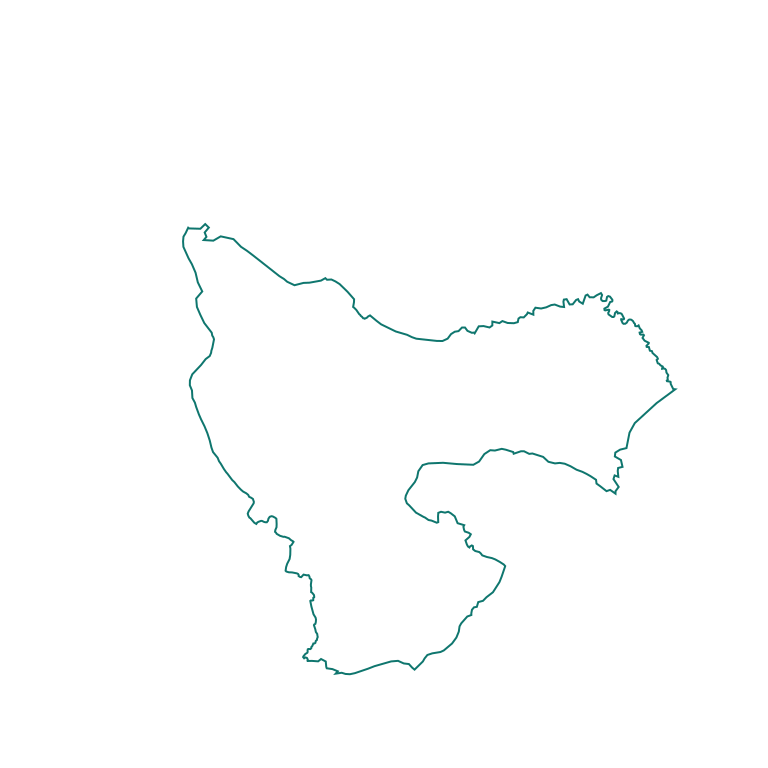 the district of Kankan, Kankan, Guinea, rotated 321°
{"feature_id": "49546643B29721322070698", "entity_name": "Kankan", "entity_type": "district", "adm_level": 2, "iso_a3": "GIN", "parent_name": "Guinea", "parent_adm1": "Kankan", "projection": "robinson", "projection_center": [-9.056, 10.226], "detail": "fine", "context": "isolated", "style": "outline", "palette": "teal", "viewbox_px": 768, "rotation_deg": 321, "n_neighbors": 0, "source": "geoboundaries", "source_scale": "gbopen_adm2", "svg_char_len": 6166}
<svg xmlns="http://www.w3.org/2000/svg" viewBox="0 0 768 768"><g transform="rotate(321 384 384)"><path d="M607.0,571.4L605.6,569.9L606.9,564.3L608.0,562.9L607.8,562.2L605.7,559.9L605.9,559.3L607.3,559.2L608.3,557.5L610.5,556.0L610.7,552.9L612.0,550.7L612.0,549.3L611.4,548.1L609.7,547.2L610.1,546.7L611.3,546.6L611.6,545.9L610.6,543.4L610.6,541.5L609.8,540.2L611.0,536.9L612.7,536.8L613.2,535.0L612.2,528.9L612.9,527.1L611.6,525.4L613.1,522.0L611.5,520.5L612.0,519.5L615.2,519.1L615.7,518.6L613.8,514.4L613.9,510.9L616.7,509.7L616.7,508.9L614.5,507.1L614.3,506.3L615.0,504.9L617.5,506.0L618.0,504.4L617.8,501.7L618.7,498.7L617.4,498.6L616.2,497.7L615.8,497.0L616.9,495.0L616.7,493.9L617.1,492.0L616.7,489.8L615.7,488.6L614.6,488.1L613.2,488.3L611.3,489.1L609.4,489.0L608.0,487.9L607.8,486.7L608.7,483.3L609.2,482.9L610.4,484.3L611.2,484.6L611.8,484.2L612.7,479.9L612.8,478.8L611.9,477.3L610.1,476.3L610.8,475.0L610.5,474.0L608.3,474.2L605.5,476.4L604.6,476.4L603.5,475.5L602.3,471.2L602.9,469.9L604.9,469.0L605.7,468.2L605.5,467.7L602.2,466.0L601.9,465.3L602.7,464.1L606.7,464.8L611.4,462.6L613.0,463.4L613.8,463.2L614.5,462.2L614.6,458.3L613.6,456.8L612.1,456.7L609.2,459.1L607.9,458.6L606.2,457.2L605.8,455.8L606.1,454.7L606.8,453.8L609.5,452.1L609.8,449.9L605.2,448.9L601.5,448.6L598.4,446.0L598.4,442.6L596.4,442.1L589.0,446.7L587.6,442.7L588.2,440.2L586.2,439.6L580.8,440.8L578.3,439.0L579.3,433.0L576.9,431.6L575.2,433.0L572.4,437.5L569.6,434.7L566.7,429.7L563.6,427.9L558.3,426.5L553.6,424.2L549.7,420.0L546.1,421.1L543.7,424.1L540.7,418.9L539.1,419.7L534.5,420.2L532.0,417.9L529.7,417.8L526.9,420.1L523.2,418.5L518.5,414.4L515.6,409.6L512.0,409.3L507.5,403.7L505.0,406.7L501.6,406.5L497.8,401.6L493.9,398.8L486.3,401.7L486.2,400.6L484.5,399.5L482.3,395.2L482.5,391.1L480.1,389.2L475.2,389.8L471.9,387.9L467.5,387.4L462.0,388.8L456.5,387.4L452.1,383.7L437.6,369.1L435.2,365.2L432.9,360.3L426.2,350.6L419.3,335.8L418.0,330.4L416.3,321.9L414.1,321.5L412.3,321.7L410.1,321.1L410.0,320.6L409.2,319.8L409.2,318.0L408.8,316.4L409.0,315.4L408.7,314.1L409.1,309.0L408.8,306.0L408.5,304.7L412.2,301.5L414.1,299.3L413.7,289.4L412.4,278.4L410.8,273.7L408.9,269.7L405.3,267.1L405.0,264.8L400.1,264.0L389.9,258.4L385.1,254.8L376.6,250.9L373.1,243.6L372.4,239.6L370.6,234.4L363.2,201.8L361.3,194.1L359.2,187.4L358.2,176.7L350.0,166.5L341.6,165.2L334.5,158.7L338.6,157.9L340.0,153.4L346.3,152.2L345.7,147.2L339.0,147.8L330.5,140.5L330.2,139.3L324.8,141.9L320.9,143.3L317.6,146.7L314.4,151.2L311.2,163.4L310.1,170.0L307.6,178.9L303.3,187.8L301.0,197.7L291.8,199.4L287.1,206.4L284.8,214.6L282.7,223.5L282.4,235.7L281.0,238.3L280.8,240.2L280.0,242.3L273.4,247.8L270.8,249.5L269.2,251.0L266.1,252.6L261.1,252.4L253.8,254.1L241.1,255.8L235.5,259.0L232.3,262.8L230.7,268.2L226.3,274.3L225.3,279.5L223.6,283.6L221.0,291.2L219.6,296.3L217.9,303.9L215.8,311.0L213.0,318.3L209.9,324.8L208.3,329.3L208.3,336.6L207.2,340.2L207.0,343.2L206.1,349.2L205.8,353.3L205.9,355.1L205.6,363.1L206.0,366.0L205.9,371.6L206.3,376.1L206.8,378.9L208.2,382.3L208.7,384.7L208.2,386.8L209.1,388.6L209.8,390.8L208.7,393.7L207.6,394.7L198.6,397.8L196.5,399.0L195.7,400.9L195.3,403.1L195.7,404.2L195.9,410.2L196.7,412.4L198.3,411.9L199.7,412.1L202.3,413.0L203.0,413.6L204.1,415.9L205.0,417.0L205.9,417.7L207.7,417.3L209.5,415.9L211.6,415.3L213.3,415.9L214.2,416.9L215.4,419.8L215.5,421.1L212.4,425.3L210.3,427.7L207.8,429.0L206.3,430.3L206.5,431.6L206.3,432.9L207.7,436.6L209.6,439.4L210.6,440.1L213.0,444.0L213.5,446.9L214.3,449.0L214.1,449.6L214.2,449.8L210.9,450.9L208.9,450.8L207.6,453.1L203.6,457.8L200.5,460.6L195.6,462.8L192.7,464.7L190.0,467.2L190.1,468.3L191.5,470.4L194.0,472.6L197.1,476.3L197.7,477.6L197.5,478.7L196.8,479.5L197.3,481.1L198.1,482.0L201.5,481.5L203.7,484.2L205.1,485.1L204.9,486.6L204.0,488.3L204.4,489.9L204.2,490.8L201.0,493.8L200.0,495.1L199.4,496.4L196.4,499.9L196.8,501.0L196.8,503.8L196.2,505.0L195.5,505.8L194.6,505.6L192.9,507.5L191.9,507.1L191.0,506.2L190.2,506.2L187.6,511.1L184.3,518.6L183.8,522.5L182.9,524.3L181.2,526.1L179.7,527.2L178.4,527.0L177.8,527.3L176.2,531.5L175.0,533.8L174.8,536.2L173.6,538.2L173.3,538.9L171.7,539.8L170.8,540.7L169.4,540.7L167.7,542.0L166.7,541.9L165.8,541.2L163.4,542.5L162.0,542.7L161.3,543.5L160.0,543.7L158.4,542.3L157.8,542.2L156.9,543.0L156.1,544.1L155.3,544.6L152.9,544.3L150.1,544.9L149.3,545.3L149.3,546.9L150.8,547.0L151.7,548.3L151.4,550.0L150.8,551.0L149.7,550.7L153.7,553.8L158.3,558.1L162.0,558.1L164.1,563.0L161.1,567.5L160.6,568.9L164.5,573.1L167.3,578.2L164.2,578.7L169.4,581.8L171.6,585.1L174.9,588.1L179.4,590.4L192.4,595.2L199.0,597.3L215.0,604.1L220.7,608.0L223.5,613.6L227.1,617.3L227.4,622.2L228.0,625.2L239.6,624.1L242.9,622.8L247.2,621.9L252.0,623.7L259.2,627.8L262.8,628.7L273.6,628.5L280.7,626.6L286.3,623.5L290.2,619.9L293.4,618.6L302.4,617.1L306.5,618.5L307.6,617.1L310.3,614.8L313.4,614.2L315.9,615.6L320.0,612.8L324.5,614.8L329.5,614.2L337.6,614.4L349.1,610.6L354.1,607.8L363.6,601.8L363.5,599.7L362.0,595.1L360.1,590.4L358.3,587.2L355.1,583.2L352.5,579.0L352.6,576.6L352.3,574.6L349.8,571.2L349.2,568.6L351.1,565.9L350.6,564.7L348.5,564.4L347.5,564.8L347.0,563.2L347.4,560.9L348.9,556.8L354.1,556.6L356.9,555.4L356.2,552.9L354.0,549.5L354.5,547.6L355.9,544.9L357.5,544.2L353.6,538.5L355.7,531.4L354.5,526.3L353.5,523.7L350.5,522.4L347.9,519.2L345.1,518.3L342.5,521.1L339.2,525.5L337.7,525.0L335.0,520.1L333.0,517.7L331.8,513.5L331.1,512.2L327.9,504.1L327.2,494.1L326.7,491.1L328.3,486.6L330.7,484.5L336.1,481.9L346.3,479.6L350.9,477.5L355.8,473.4L363.0,471.3L368.6,473.7L380.3,482.4L390.4,492.2L402.6,503.0L409.1,504.1L417.9,501.6L424.9,502.3L428.3,505.5L434.7,508.5L437.3,511.7L441.6,518.2L440.9,519.8L448.2,522.5L450.5,524.4L452.9,529.7L455.6,531.4L461.8,540.8L462.8,547.9L466.9,553.3L470.9,555.9L474.3,559.7L477.2,565.3L479.7,571.8L482.9,577.1L484.9,581.5L486.5,585.6L488.5,591.9L486.5,595.1L487.7,599.5L489.5,607.3L493.1,608.6L494.9,614.9L496.5,613.0L501.6,611.7L502.5,602.3L505.7,600.2L507.7,603.6L510.9,598.7L513.1,596.6L517.2,598.5L520.3,592.2L517.8,585.6L520.6,582.9L526.2,583.6L532.1,586.4L544.2,576.3L554.3,572.2L583.9,570.4L607.0,571.4Z" fill="none" stroke="#0f766e" stroke-width="2"/></g></svg>